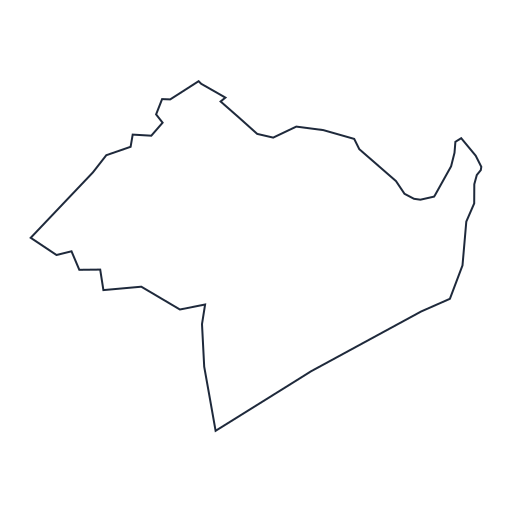 outline of Surry, Virginia, United States of America
{"feature_id": "52423323B96446812738870", "entity_name": "Surry", "entity_type": "district", "adm_level": 2, "iso_a3": "USA", "parent_name": "United States of America", "parent_adm1": "Virginia", "projection": "orthographic", "projection_center": [-76.881, 37.096], "detail": "fine", "context": "isolated", "style": "outline", "palette": "slate", "viewbox_px": 512, "rotation_deg": 0, "n_neighbors": 0, "source": "geoboundaries", "source_scale": "gbopen_adm2", "svg_char_len": 800}
<svg xmlns="http://www.w3.org/2000/svg" viewBox="0 0 512 512"><path d="M30.7,237.8L56.5,255.0L71.5,251.3L79.3,269.8L100.2,269.6L103.4,290.1L141.3,286.7L179.9,309.5L205.1,304.5L202.0,324.1L204.2,366.7L209.1,394.1L215.6,430.8L291.7,383.4L311.0,371.3L421.1,311.5L449.9,298.8L462.5,265.4L466.3,221.6L474.2,203.4L474.2,202.3L474.3,184.2L476.8,175.0L480.8,170.1L481.3,166.8L475.7,155.7L461.2,138.2L455.4,141.8L454.5,152.8L451.1,166.3L435.1,195.0L434.1,196.6L420.4,199.7L414.0,198.8L404.5,193.8L396.0,181.1L359.3,149.2L354.2,138.9L323.3,130.1L296.3,126.6L273.2,137.6L257.2,133.9L239.0,117.6L220.6,101.5L225.4,97.6L201.2,83.8L198.6,81.2L170.2,99.4L162.1,99.1L156.1,114.4L162.6,122.7L151.3,135.7L132.7,134.6L130.6,146.8L106.3,155.2L92.9,172.4L30.7,237.8Z" fill="none" stroke="#1e293b" stroke-width="2"/></svg>